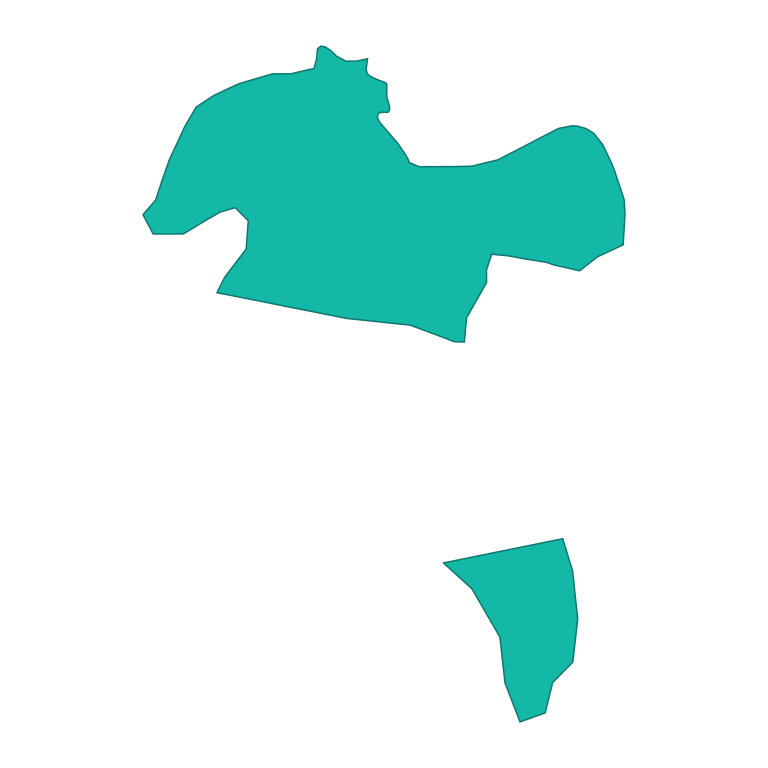 At Tyal, Sana'a, Yemen (Mercator projection)
{"feature_id": "15242507B91957266097282", "entity_name": "At Tyal", "entity_type": "district", "adm_level": 2, "iso_a3": "YEM", "parent_name": "Yemen", "parent_adm1": "Sana'a", "projection": "mercator", "projection_center": [44.543, 15.27], "detail": "fine", "context": "isolated", "style": "filled", "palette": "teal", "viewbox_px": 768, "rotation_deg": 0, "n_neighbors": 0, "source": "geoboundaries", "source_scale": "gbopen_adm2", "svg_char_len": 2374}
<svg xmlns="http://www.w3.org/2000/svg" viewBox="0 0 768 768"><path d="M464.4,342.0L464.5,340.2L465.4,330.3L466.5,318.0L476.4,300.5L480.2,293.8L482.5,289.7L486.0,283.5L486.6,282.5L486.5,269.8L488.2,264.8L490.6,257.4L491.6,254.6L491.6,254.2L496.0,254.7L508.3,255.8L515.3,257.1L527.4,259.4L529.5,259.7L533.8,260.3L535.8,260.6L536.6,260.8L545.8,262.2L554.2,265.0L579.6,270.8L597.3,256.9L623.2,244.8L623.9,232.7L625.0,214.4L624.2,199.9L622.9,195.9L621.4,191.3L616.9,177.9L614.9,171.7L611.5,163.0L608.4,156.5L602.6,144.4L593.6,133.2L586.1,128.6L577.9,126.2L571.9,125.8L564.3,127.3L558.6,128.4L497.8,159.9L482.9,163.5L473.8,165.7L471.5,166.2L453.1,166.6L429.2,166.7L419.0,166.7L409.2,162.5L408.8,162.4L408.7,160.4L405.3,154.3L404.2,152.7L397.7,143.2L390.8,135.2L383.0,126.1L379.7,122.2L377.7,118.5L377.5,116.9L378.0,114.1L379.4,112.8L382.1,112.2L386.0,112.3L388.1,112.2L389.2,110.8L389.7,108.8L389.2,105.3L386.8,97.1L386.7,90.3L386.8,87.1L386.8,84.3L385.8,82.9L383.0,81.7L377.3,79.6L373.0,77.7L370.1,76.2L367.3,73.7L366.2,69.6L366.8,63.9L367.5,58.7L356.7,61.1L345.9,61.2L345.1,60.8L340.3,58.2L336.1,55.9L331.7,51.4L325.5,47.0L323.3,46.5L323.0,46.5L321.0,46.1L317.5,48.8L316.6,58.6L315.8,61.7L314.0,68.4L300.3,71.6L298.1,72.1L291.0,73.8L289.3,73.8L272.3,73.9L256.9,78.4L256.2,78.6L238.7,83.8L232.2,86.8L227.2,89.1L217.8,93.6L213.9,95.4L199.6,104.8L196.2,107.1L192.9,112.7L184.7,126.7L178.5,140.1L169.7,158.9L166.2,168.7L163.6,176.2L161.8,181.2L160.0,186.7L158.1,192.4L155.7,200.0L145.1,212.1L143.0,214.7L145.8,220.0L146.7,221.7L153.2,234.0L160.8,234.0L170.3,234.0L173.2,234.0L178.4,233.9L183.0,233.9L183.4,233.9L183.9,233.6L192.2,228.6L205.0,220.8L211.2,217.2L220.1,212.1L234.2,208.0L235.2,207.7L235.4,207.9L248.3,220.7L247.4,232.3L246.3,247.5L246.2,249.0L233.3,265.9L228.1,272.8L224.6,277.4L217.0,292.7L254.4,300.1L281.5,305.5L290.3,307.3L292.0,307.6L310.8,311.3L327.2,314.6L345.9,318.3L346.1,318.4L368.3,320.7L393.6,323.4L408.9,325.0L410.1,325.1L423.0,329.9L438.1,335.5L454.3,341.7L464.4,342.0ZM520.0,721.9L529.5,718.5L545.2,712.8L552.7,682.5L565.2,669.8L572.8,662.2L577.7,619.1L575.8,601.4L572.6,571.0L562.7,538.7L501.6,551.1L497.6,551.9L443.6,562.9L443.7,563.1L443.8,563.3L444.0,563.5L445.6,564.9L462.0,579.8L472.0,588.9L489.5,619.1L498.5,634.7L499.8,637.0L500.9,645.8L502.8,663.2L503.9,673.0L505.0,682.9L520.0,721.9Z" fill="#14b8a6" stroke="#0f766e" stroke-width="1.5"/></svg>